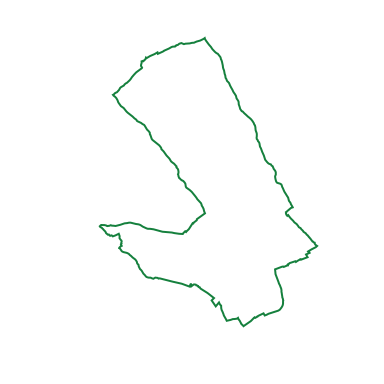 the district of Oncesti, Bacau, Romania, rotated 340°
{"feature_id": "2599482B34822655118034", "entity_name": "Oncesti", "entity_type": "district", "adm_level": 2, "iso_a3": "ROU", "parent_name": "Romania", "parent_adm1": "Bacau", "projection": "mercator", "projection_center": [27.254, 46.484], "detail": "fine", "context": "isolated", "style": "outline", "palette": "green", "viewbox_px": 384, "rotation_deg": 340, "n_neighbors": 0, "source": "geoboundaries", "source_scale": "gbopen_adm2", "svg_char_len": 6013}
<svg xmlns="http://www.w3.org/2000/svg" viewBox="0 0 384 384"><g transform="rotate(340 192 192)"><path d="M234.3,332.6L236.7,331.1L238.3,329.7L239.3,328.2L240.4,325.3L240.6,325.2L240.9,323.0L240.8,322.1L241.1,321.0L241.4,319.3L241.8,317.5L241.9,316.5L242.5,314.9L242.8,313.0L242.7,312.3L242.7,309.7L242.4,307.6L242.5,306.5L242.4,297.8L243.6,293.1L250.9,293.0L252.2,293.2L252.6,293.8L256.4,293.6L257.1,293.8L257.3,293.5L256.8,293.1L257.4,292.7L258.5,292.7L259.3,292.2L265.4,292.4L265.7,293.3L267.6,292.8L270.1,292.4L270.5,292.2L271.2,292.3L271.3,292.9L278.3,292.8L277.8,289.7L281.7,289.4L281.5,288.3L280.9,288.1L280.7,287.6L284.7,286.8L289.4,286.2L291.1,285.5L290.0,283.9L289.7,282.6L289.7,282.0L289.9,281.6L289.4,281.3L289.1,280.7L288.5,280.0L288.6,279.8L288.1,279.1L287.2,276.0L286.9,275.5L286.8,274.9L286.4,274.2L286.4,273.8L286.1,273.2L285.9,272.4L285.2,271.3L284.7,269.6L283.5,268.0L283.1,267.3L283.1,266.8L282.6,265.5L282.1,264.7L281.6,262.9L280.9,262.3L280.4,261.6L280.1,260.2L279.4,258.0L277.8,255.5L277.2,253.6L275.8,250.7L275.0,248.4L274.5,246.6L273.4,247.0L273.1,246.0L272.9,245.6L273.0,244.1L273.5,243.6L273.4,243.1L279.4,240.9L280.4,240.8L281.2,240.9L281.4,240.9L281.4,240.7L280.8,237.3L280.8,235.7L280.2,233.9L280.1,233.2L280.4,230.1L280.1,228.9L278.9,223.2L278.8,221.6L278.7,219.5L278.5,218.2L278.6,216.3L278.5,215.4L277.6,214.3L275.2,212.5L274.9,211.9L274.7,211.0L274.7,210.2L274.9,208.2L275.3,206.1L275.6,205.5L276.7,204.3L277.5,202.0L277.4,200.4L276.7,198.3L276.6,195.4L275.8,194.4L275.6,193.1L274.2,192.0L273.4,191.0L273.3,190.6L272.9,189.9L271.8,186.7L272.0,182.3L271.7,178.4L271.7,174.5L271.4,172.6L272.0,169.4L272.0,168.3L271.5,167.0L271.4,166.7L271.5,165.8L271.0,164.3L271.3,163.0L271.9,161.9L272.7,159.8L272.9,158.8L272.9,155.9L273.3,154.2L273.7,152.9L273.9,151.3L273.9,150.7L273.6,150.0L273.6,148.3L273.1,146.0L272.4,143.9L271.3,141.8L270.4,140.4L269.0,137.6L268.1,136.0L267.2,133.8L266.8,133.3L266.4,133.1L265.7,130.5L265.9,128.1L265.9,125.7L266.6,123.3L266.6,122.5L266.6,122.1L265.9,119.3L266.2,116.6L265.7,114.2L265.3,112.9L265.1,111.8L264.9,109.5L264.6,107.9L264.2,105.1L264.1,102.4L263.6,101.0L263.0,99.9L262.9,99.1L262.9,97.6L262.6,96.2L263.1,93.9L263.1,92.1L263.7,88.7L263.6,87.4L263.7,85.7L264.2,83.6L264.7,80.0L264.8,78.2L264.6,77.2L264.8,76.0L264.8,74.9L263.5,70.9L262.5,69.9L261.5,68.2L260.0,64.7L259.4,62.1L258.3,59.3L257.0,54.9L256.5,52.8L256.6,51.7L255.2,52.1L251.5,52.5L247.7,52.2L244.9,52.4L242.9,51.8L240.7,51.6L236.6,50.4L235.0,50.3L232.9,48.4L231.8,48.4L230.9,48.3L228.8,49.0L227.5,48.7L226.8,49.2L226.4,49.1L225.8,49.5L223.5,48.8L222.3,48.8L219.5,49.3L213.9,49.7L213.7,49.9L212.5,50.1L207.2,50.5L207.3,49.0L204.0,49.6L199.1,49.9L195.0,50.7L194.7,50.0L193.6,51.3L191.9,52.1L191.3,52.3L191.3,52.0L189.3,52.0L189.0,53.2L187.7,55.0L187.2,56.0L187.6,58.1L187.2,58.5L180.5,60.5L177.7,61.9L174.7,63.6L173.3,64.7L171.6,65.7L168.1,67.2L166.9,67.3L165.3,67.9L164.5,68.6L161.1,69.2L160.1,69.6L158.4,71.1L155.6,72.6L154.6,72.6L153.8,72.8L153.3,72.8L151.9,73.6L151.0,73.7L151.3,74.7L152.3,76.2L153.0,77.9L153.4,80.2L153.4,82.7L154.6,87.0L156.5,89.7L157.9,93.9L158.7,95.5L162.0,100.8L163.1,103.1L164.4,105.0L164.6,106.3L165.0,106.9L167.8,109.7L168.7,111.2L169.9,112.5L170.2,113.3L171.1,118.0L171.9,119.6L172.5,121.3L172.6,121.9L172.5,122.3L172.2,123.1L172.2,123.8L172.4,124.1L172.3,128.3L172.7,129.6L177.2,137.0L178.0,139.5L178.1,140.4L177.9,141.3L179.2,144.1L180.5,148.9L182.2,152.9L182.8,156.1L183.8,157.8L184.8,159.2L185.9,162.0L186.2,162.6L185.9,163.0L185.8,163.6L186.5,165.3L186.6,166.4L186.3,168.1L186.1,168.8L185.4,170.1L184.9,170.5L184.9,171.8L184.7,172.4L184.7,174.4L185.3,175.2L185.5,176.0L185.8,176.6L186.3,177.1L186.4,177.5L187.6,178.7L188.3,180.5L188.6,181.9L188.0,184.9L188.2,186.0L190.5,189.3L191.8,191.8L193.7,197.3L194.3,199.3L194.5,200.5L196.6,205.5L196.7,207.1L196.5,208.0L196.9,209.9L197.1,211.7L196.8,214.6L196.9,216.5L187.3,219.2L186.8,220.2L183.3,221.3L182.5,222.0L182.0,221.5L176.4,225.8L173.7,227.0L172.7,227.6L172.5,227.3L173.0,226.9L172.9,226.8L172.3,226.9L172.1,226.6L169.7,227.7L169.0,228.3L165.5,226.8L161.4,224.6L159.2,223.2L150.6,219.2L143.1,213.9L139.9,212.2L137.8,211.4L136.8,210.6L133.9,207.7L132.3,205.5L131.6,204.8L130.5,204.0L128.4,202.9L123.8,199.8L122.0,199.2L120.7,199.1L117.9,198.4L113.5,198.3L108.6,197.8L106.4,196.7L105.3,196.3L104.3,195.4L103.1,195.5L100.9,195.1L100.5,194.7L100.2,194.6L99.9,194.1L98.5,193.2L95.5,192.0L95.1,192.0L92.9,193.0L93.5,193.0L95.1,195.0L95.3,195.7L95.6,196.1L96.1,197.5L96.8,199.0L97.1,199.8L97.2,201.3L98.4,203.4L99.3,203.5L99.8,204.9L100.2,205.2L101.2,205.1L101.7,205.3L102.4,206.6L105.3,206.6L108.9,206.2L108.9,208.7L108.1,210.6L108.6,212.5L109.1,213.5L109.0,214.0L109.0,214.4L108.1,215.7L108.2,216.2L107.3,216.8L107.5,218.5L107.0,218.5L106.9,218.2L106.1,218.9L105.6,219.0L104.6,219.5L104.4,219.8L104.8,220.1L105.3,221.7L105.7,223.4L106.1,224.1L107.0,225.0L109.9,226.9L111.0,228.0L111.6,228.8L112.0,229.9L112.8,231.1L113.8,233.2L115.6,236.0L116.0,237.2L116.3,238.7L116.1,240.0L116.2,240.8L116.8,242.0L116.5,243.8L116.8,246.6L117.3,247.5L117.8,248.8L118.4,252.1L119.2,253.8L119.9,255.8L120.3,256.4L121.7,257.5L123.9,258.4L124.6,259.2L126.0,260.3L128.2,259.9L130.4,261.0L130.9,261.9L132.1,262.1L143.1,269.6L151.0,274.7L157.3,280.0L159.1,278.2L159.5,278.2L159.7,278.5L159.3,279.4L159.1,280.4L162.1,279.5L162.9,279.8L163.9,280.4L164.1,281.2L164.7,281.4L165.2,282.4L165.6,282.5L165.6,283.3L166.2,284.1L166.6,284.1L167.0,285.7L172.1,292.3L176.4,299.2L173.4,300.6L175.2,307.6L179.6,305.0L179.7,306.5L180.0,307.8L180.5,308.7L179.7,311.3L179.5,313.2L179.7,314.6L179.8,317.5L179.7,318.9L180.4,323.0L180.6,324.9L184.6,325.4L187.0,325.4L188.1,325.8L190.8,326.4L192.2,326.0L192.2,327.6L192.6,328.6L192.9,329.8L193.0,331.0L193.2,332.1L193.1,332.5L193.5,333.3L193.6,333.7L194.3,334.9L194.5,335.7L203.2,333.4L206.1,332.0L207.0,331.5L208.0,331.2L208.3,331.9L210.8,331.5L210.8,331.3L212.4,331.0L217.7,330.5L218.1,332.9L220.1,332.9L222.3,332.6L232.5,333.0L234.3,332.6Z" fill="none" stroke="#15803d" stroke-width="2"/></g></svg>